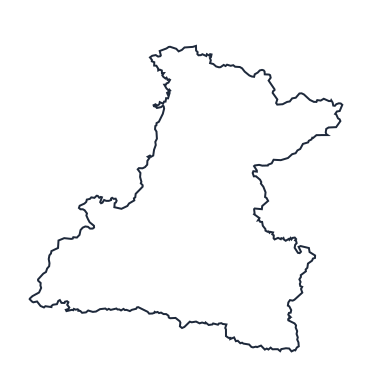 outline of Ambatofinandrahana, Amoron'i Mania, Madagascar, rotated 282°
{"feature_id": "10022922B11162683268422", "entity_name": "Ambatofinandrahana", "entity_type": "district", "adm_level": 2, "iso_a3": "MDG", "parent_name": "Madagascar", "parent_adm1": "Amoron'i Mania", "projection": "mercator", "projection_center": [46.283, -20.456], "detail": "fine", "context": "isolated", "style": "outline", "palette": "slate", "viewbox_px": 384, "rotation_deg": 282, "n_neighbors": 0, "source": "geoboundaries", "source_scale": "gbopen_adm2", "svg_char_len": 5930}
<svg xmlns="http://www.w3.org/2000/svg" viewBox="0 0 384 384"><g transform="rotate(282 192 192)"><path d="M158.3,89.2L155.2,85.0L152.9,84.7L151.9,86.5L152.4,88.9L151.8,90.8L149.2,93.7L147.0,93.6L143.8,95.9L141.1,98.2L138.6,103.1L136.9,103.6L135.6,102.5L135.0,99.9L136.3,97.5L136.1,94.8L134.4,92.5L131.6,90.9L126.7,90.9L123.5,88.9L123.1,85.3L121.6,85.0L121.0,83.6L120.3,76.6L116.8,71.5L109.4,72.6L105.0,66.8L102.5,66.8L100.4,65.7L96.6,65.8L92.7,67.4L89.7,67.7L87.0,66.2L83.4,65.8L81.2,63.5L74.5,59.6L73.3,59.9L71.5,62.9L69.0,63.2L66.8,64.4L61.9,63.3L57.0,57.6L54.0,55.5L53.4,55.5L51.5,58.4L51.1,59.7L52.7,63.2L49.0,67.6L48.3,71.2L49.8,72.3L50.2,78.4L51.4,78.3L52.9,79.6L54.2,83.2L57.7,83.9L58.8,85.2L56.4,87.4L57.0,90.4L58.3,90.6L59.2,92.5L58.5,94.0L55.7,93.4L53.5,96.0L51.9,95.4L50.5,93.1L49.4,94.0L51.8,99.1L51.7,100.4L53.1,100.8L52.7,102.6L53.5,104.5L53.2,105.4L52.2,105.5L52.4,107.5L51.0,109.6L52.2,113.3L54.5,115.1L54.1,119.9L55.1,122.9L58.3,126.4L60.0,131.5L59.1,133.4L60.4,134.9L59.8,137.0L62.3,142.3L61.6,143.5L62.0,145.4L61.4,147.2L63.4,149.3L62.6,150.9L63.1,152.4L62.6,156.0L64.2,157.6L66.2,161.7L67.6,162.1L68.2,163.3L65.6,173.5L64.1,175.4L64.9,178.5L65.9,180.2L67.0,180.4L66.7,181.7L67.5,183.3L66.7,184.9L67.6,186.8L66.7,189.5L67.2,192.2L66.1,194.7L64.4,195.4L64.0,196.9L65.4,202.1L63.0,206.9L61.8,207.8L58.1,208.1L56.9,210.5L58.4,212.6L64.7,216.8L64.5,218.8L66.1,222.9L65.1,226.7L66.4,229.0L66.2,232.1L67.2,232.4L65.4,236.0L66.7,239.5L67.8,240.0L67.6,245.0L68.9,245.6L69.8,248.0L69.3,249.5L69.6,253.2L65.9,252.8L64.6,253.8L58.1,255.2L56.9,258.1L57.3,259.8L56.1,260.0L58.5,263.4L55.2,265.9L56.0,267.7L54.1,270.7L55.0,272.3L54.4,273.8L54.7,279.6L52.8,282.3L52.7,284.0L54.0,286.7L53.8,287.9L56.1,291.4L53.0,296.0L54.4,297.7L53.8,299.5L56.1,301.3L54.9,303.4L56.1,308.6L54.7,311.3L56.9,312.0L58.7,316.4L59.1,319.6L56.8,322.5L58.7,325.0L58.6,326.0L61.7,326.9L63.2,328.5L67.0,327.4L69.5,325.6L71.8,325.7L74.9,323.8L77.8,323.8L80.9,321.6L83.2,321.5L84.8,319.6L86.5,312.9L87.6,312.5L88.8,313.8L89.6,313.2L90.2,314.4L92.0,311.7L92.9,311.8L93.9,312.0L94.5,313.6L97.1,313.6L100.4,310.9L100.8,309.4L104.0,309.2L106.6,310.3L106.7,313.1L107.9,314.6L116.5,320.8L119.8,318.8L122.1,319.5L122.5,317.5L124.5,316.6L126.6,316.9L128.9,315.2L131.5,316.2L133.3,315.7L138.1,319.9L139.8,319.3L141.9,320.6L146.1,320.3L149.8,323.7L152.0,324.1L153.1,326.0L155.5,325.6L157.7,319.5L161.5,318.0L161.7,309.5L160.5,307.7L156.2,311.0L154.6,310.0L154.5,308.3L158.8,304.0L161.8,303.9L163.7,305.0L165.8,304.0L166.2,302.9L167.6,303.6L168.8,302.0L168.0,299.9L166.3,299.1L167.5,298.0L165.5,297.1L166.2,296.4L163.8,293.8L164.6,291.9L165.9,291.1L165.3,290.7L165.4,289.0L164.3,288.7L165.0,285.7L162.8,282.7L163.6,281.5L166.6,281.0L167.3,279.3L169.3,279.7L169.3,276.6L168.3,276.3L169.3,274.7L168.8,274.1L169.5,271.9L171.0,271.5L173.7,268.3L177.3,266.8L177.0,264.9L178.5,263.6L178.0,262.5L180.5,263.4L183.2,257.3L184.0,257.7L188.1,256.3L188.9,256.8L189.7,263.9L192.9,263.6L199.1,268.3L201.6,266.2L202.3,264.5L207.0,264.0L212.0,260.7L214.6,257.6L216.1,257.7L218.2,256.0L220.7,251.3L220.2,249.2L223.2,247.4L225.1,247.7L225.4,251.2L226.6,250.9L230.2,247.3L231.0,247.9L232.5,252.0L232.4,255.3L233.7,260.7L234.6,260.9L236.6,264.0L240.5,265.1L241.6,272.2L245.2,278.8L249.8,282.1L251.5,285.3L254.6,286.5L256.6,288.9L262.1,290.5L264.7,295.3L266.4,295.6L268.2,297.9L270.1,298.4L270.0,299.2L273.5,301.9L275.9,312.8L276.4,311.5L278.1,310.4L281.6,310.2L283.5,312.2L285.4,319.5L292.2,322.4L293.8,321.3L294.4,319.5L297.8,317.0L298.1,315.8L300.9,317.0L301.9,319.6L308.5,320.9L309.5,319.1L309.3,317.2L307.9,314.9L306.0,313.8L305.9,312.2L308.7,311.0L310.7,309.1L309.8,308.9L309.4,307.1L310.6,301.5L308.2,298.9L307.9,295.4L306.0,295.0L305.5,292.5L306.6,288.1L310.7,281.2L311.3,278.7L310.7,276.6L305.8,273.9L304.4,270.5L300.9,268.8L299.9,266.3L296.7,262.4L295.2,257.2L296.5,255.8L300.3,256.2L305.7,250.3L307.4,250.3L308.7,251.5L309.6,251.4L316.9,243.8L320.1,245.2L322.5,244.1L322.9,242.9L322.2,238.7L325.0,237.9L325.9,236.8L326.0,235.1L325.0,233.0L322.5,231.5L320.2,228.9L317.6,228.8L317.4,226.5L317.9,223.9L320.7,218.5L323.4,215.3L324.2,212.8L323.5,208.1L324.6,206.0L323.5,203.6L323.8,199.8L322.2,198.6L322.9,196.6L320.1,194.0L319.6,192.5L319.8,189.5L321.6,186.3L321.8,182.9L324.8,183.0L326.8,181.6L327.8,182.5L330.6,182.5L330.6,181.1L328.9,180.9L329.9,177.9L328.0,177.7L328.9,173.5L327.7,172.2L327.1,169.9L328.0,168.6L330.0,168.4L331.2,166.6L335.7,165.5L334.1,162.6L331.8,154.6L328.8,152.5L326.8,149.7L328.8,146.8L329.5,140.4L329.0,139.0L327.1,137.2L323.2,131.1L319.2,133.1L318.3,132.8L317.4,130.7L318.4,128.1L317.0,124.8L314.9,122.9L312.9,125.3L311.5,125.5L311.1,128.1L307.8,128.7L308.1,130.9L305.7,133.2L303.9,133.7L305.0,135.1L304.6,137.2L302.0,137.9L302.5,139.8L300.0,138.7L298.7,140.0L297.5,142.5L298.5,143.3L296.6,144.8L297.5,146.2L297.1,147.2L294.1,146.2L292.9,144.5L291.7,144.3L291.2,142.6L288.0,145.5L286.6,147.8L287.5,148.5L286.6,149.6L283.8,147.0L282.5,147.9L284.1,148.8L284.1,149.5L278.6,149.1L278.4,147.2L274.9,147.3L274.6,145.9L272.4,145.3L273.2,141.8L271.0,141.8L269.2,139.9L270.2,138.1L268.9,136.4L268.0,136.9L267.9,138.8L266.9,140.2L268.6,144.1L270.4,145.6L269.9,146.5L267.7,147.4L262.4,147.2L253.8,145.0L252.0,143.0L249.8,143.3L248.9,142.4L245.7,142.8L243.7,144.7L236.8,146.6L233.4,145.7L230.4,146.8L225.4,146.1L219.6,146.5L218.0,144.7L218.9,143.3L217.3,141.4L216.4,143.3L213.2,141.9L209.4,142.5L206.5,140.8L204.9,138.7L204.3,135.1L202.9,134.2L199.9,137.6L195.9,138.1L191.4,140.4L189.9,140.1L188.4,142.3L186.9,142.6L178.5,137.3L175.0,137.6L173.7,136.5L171.8,137.3L167.7,132.8L164.9,131.7L160.9,126.5L161.0,119.2L165.0,118.7L165.9,119.7L167.8,120.1L169.6,118.7L169.0,116.8L169.7,115.1L168.8,114.2L167.3,114.5L166.0,112.4L165.5,109.8L165.9,107.7L162.9,106.6L162.1,105.4L163.0,104.3L168.1,105.0L168.2,103.8L167.1,102.5L168.6,100.6L168.5,99.5L166.0,97.8L165.8,94.6L164.0,93.5L162.7,90.7L160.3,90.6L158.3,89.2Z" fill="none" stroke="#1e293b" stroke-width="2"/></g></svg>